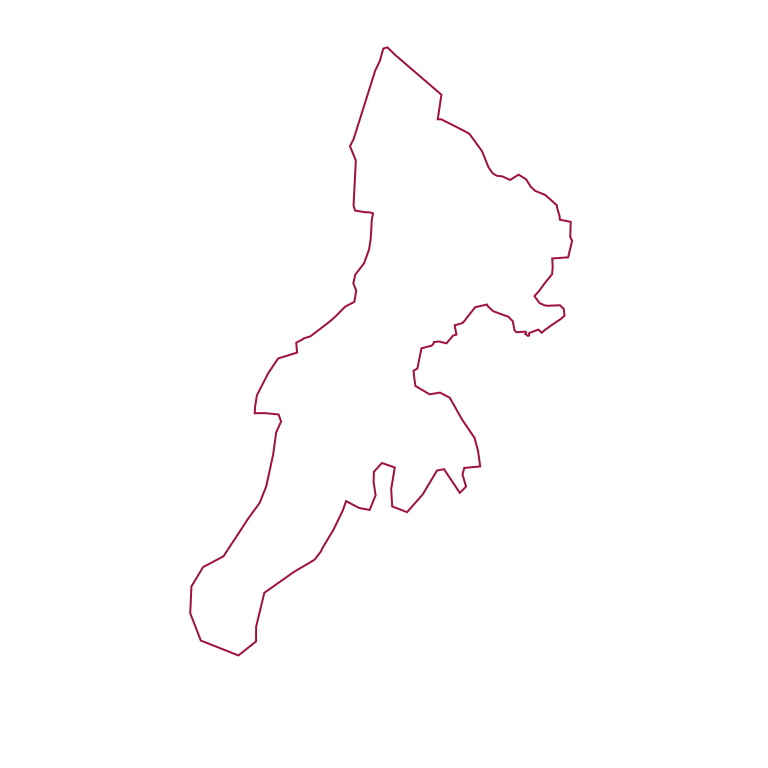 outline of Itesiwaju, Oyo, Nigeria, rotated 294°
{"feature_id": "59680162B74485110483501", "entity_name": "Itesiwaju", "entity_type": "district", "adm_level": 2, "iso_a3": "NGA", "parent_name": "Nigeria", "parent_adm1": "Oyo", "projection": "orthographic", "projection_center": [3.357, 8.23], "detail": "fine", "context": "isolated", "style": "outline", "palette": "rose", "viewbox_px": 768, "rotation_deg": 294, "n_neighbors": 0, "source": "geoboundaries", "source_scale": "gbopen_adm2", "svg_char_len": 2178}
<svg xmlns="http://www.w3.org/2000/svg" viewBox="0 0 768 768"><g transform="rotate(294 384 384)"><path d="M347.8,505.4L361.2,497.1L371.6,488.6L383.0,470.2L398.2,449.7L398.9,438.6L393.1,429.8L395.0,413.5L401.8,409.2L408.1,405.6L411.7,408.2L428.2,404.5L431.8,403.7L438.5,412.0L440.6,412.8L442.6,412.5L445.2,416.8L446.5,424.5L456.4,427.4L458.6,430.1L465.2,425.4L466.4,424.7L471.5,430.8L475.6,432.3L476.3,432.2L491.3,436.1L498.5,445.8L497.2,447.3L494.9,454.2L496.0,470.4L494.5,474.0L494.4,474.2L493.9,476.0L486.0,481.5L485.2,484.0L489.4,492.0L488.8,492.9L487.1,492.8L487.1,493.4L486.5,495.9L487.1,496.7L489.7,496.0L496.5,502.9L495.0,507.3L498.6,508.9L505.5,512.9L514.8,518.8L515.0,519.0L519.9,521.1L525.7,517.6L527.5,512.7L522.0,501.6L521.2,498.9L521.2,493.2L525.4,485.8L525.5,485.7L531.6,487.7L539.4,489.4L545.1,490.8L552.7,492.9L559.6,490.5L567.1,486.6L574.6,500.7L591.3,497.6L594.2,494.3L608.1,488.6L605.6,477.9L608.9,476.0L615.7,470.2L617.5,469.3L622.3,454.4L621.9,443.8L623.9,437.8L628.8,430.6L630.0,421.8L621.7,416.2L621.8,407.6L620.1,402.3L620.7,397.5L624.5,391.3L636.6,378.8L647.3,360.3L647.7,356.1L649.1,328.8L647.7,325.4L671.6,318.8L674.4,309.6L688.9,261.2L692.9,250.1L690.1,246.9L677.5,248.8L666.7,248.5L595.6,256.6L587.4,256.2L577.1,267.0L576.8,267.1L576.6,267.4L534.7,283.6L530.7,287.1L533.1,296.3L535.0,301.2L535.4,304.7L530.4,305.7L527.2,306.7L522.2,308.7L511.5,312.7L501.1,315.6L486.2,316.7L472.3,313.3L463.5,315.0L458.1,320.6L447.0,323.5L438.9,317.1L427.5,312.8L419.5,309.3L397.6,297.4L393.1,292.1L392.5,292.0L390.8,290.8L386.1,287.0L377.3,291.8L364.3,276.9L346.5,273.8L322.0,272.5L311.0,275.4L304.7,277.8L308.8,286.6L313.3,300.1L307.9,305.2L295.9,305.2L274.6,311.4L242.8,318.0L225.0,318.8L206.5,314.8L161.2,307.4L143.2,293.2L120.8,290.4L95.8,300.2L75.1,321.0L76.8,361.4L96.8,371.8L110.3,365.9L144.6,359.6L175.5,378.0L195.2,392.0L205.0,394.4L209.9,394.6L230.3,397.1L251.5,397.8L261.6,397.0L260.6,411.6L263.1,422.1L278.9,421.6L290.2,414.4L299.6,410.5L311.0,414.2L312.1,427.8L290.9,433.3L275.5,441.3L276.3,457.2L299.0,464.3L326.5,467.6L330.6,473.5L315.4,497.5L323.6,500.7L333.3,492.5L340.0,491.5L347.8,505.4Z" fill="none" stroke="#9f1239" stroke-width="2"/></g></svg>